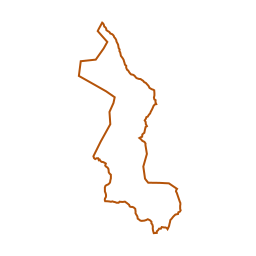 the district of Passagem Franca do Piauí, Piauí, Brazil, rotated 172°
{"feature_id": "56859067B41463786975688", "entity_name": "Passagem Franca do Piauí", "entity_type": "district", "adm_level": 2, "iso_a3": "BRA", "parent_name": "Brazil", "parent_adm1": "Piauí", "projection": "robinson", "projection_center": [-42.424, -5.897], "detail": "fine", "context": "isolated", "style": "outline", "palette": "amber", "viewbox_px": 256, "rotation_deg": 172, "n_neighbors": 0, "source": "geoboundaries", "source_scale": "gbopen_adm2", "svg_char_len": 2743}
<svg xmlns="http://www.w3.org/2000/svg" viewBox="0 0 256 256"><g transform="rotate(172 128 128)"><path d="M109.0,127.2L109.8,129.3L109.7,131.6L110.4,133.2L109.0,134.7L108.3,136.2L106.9,136.5L105.3,138.4L104.1,139.3L103.3,140.8L101.6,143.1L100.7,144.5L99.5,146.5L98.0,147.7L96.7,147.7L97.2,149.9L96.8,151.7L97.9,152.6L98.1,154.5L97.3,156.6L97.0,158.8L96.9,160.2L96.8,161.7L97.7,162.4L99.1,163.1L101.1,164.7L101.9,167.0L103.1,168.7L104.0,170.1L105.6,171.2L106.5,172.7L107.8,173.8L108.7,174.7L110.4,175.1L112.2,176.0L113.1,176.8L113.9,178.3L115.1,179.7L116.1,180.2L117.4,180.6L118.3,181.7L119.3,183.6L119.8,184.9L120.8,185.8L121.4,188.0L121.1,189.9L122.2,191.1L122.4,193.0L122.7,194.7L122.9,196.3L123.7,198.1L124.3,199.2L125.0,200.4L125.1,202.5L125.2,204.0L125.8,205.4L125.4,207.0L126.1,208.3L126.2,210.4L126.2,211.8L126.8,213.6L127.4,215.3L127.4,216.6L128.1,218.5L129.0,219.8L129.4,221.5L130.5,223.0L132.4,224.1L132.8,225.2L133.6,226.1L134.7,226.9L135.8,228.0L135.8,229.5L136.3,230.7L137.4,231.8L137.6,233.7L138.1,235.0L138.9,235.9L143.3,230.0L144.5,228.2L140.9,222.7L136.5,216.1L141.0,210.2L150.4,200.2L165.5,200.7L169.4,186.4L158.9,178.4L144.6,167.4L136.9,160.3L138.9,154.8L144.1,146.5L145.0,134.2L156.9,118.4L166.2,104.8L165.8,102.9L164.8,101.8L163.3,102.4L161.8,102.2L161.4,100.3L160.5,100.7L159.9,99.2L158.8,98.1L157.5,97.8L156.1,96.9L154.9,95.9L155.8,93.9L155.1,92.8L153.8,91.7L153.1,90.2L153.1,88.7L153.2,86.7L152.5,85.3L151.5,84.2L151.7,82.3L152.0,80.4L152.7,78.8L153.3,76.8L154.0,75.9L155.5,74.9L157.4,74.4L158.4,73.8L159.2,72.3L159.5,69.9L159.7,68.3L159.3,66.8L159.1,65.3L159.2,63.7L159.7,62.4L160.6,61.4L161.0,60.0L160.8,58.7L158.5,58.3L156.5,57.8L155.1,57.3L153.7,57.5L152.5,56.9L151.1,56.4L149.7,55.6L147.7,55.3L146.6,56.2L145.5,55.9L143.5,55.5L141.3,55.5L139.4,53.7L137.6,51.8L137.2,50.1L136.0,49.4L134.5,49.2L133.3,48.4L132.1,47.0L132.1,44.5L132.4,42.5L131.0,39.1L131.0,36.9L129.8,35.8L128.7,34.6L127.3,34.1L126.2,34.1L124.9,34.0L122.9,34.3L121.1,34.9L119.7,34.0L118.8,33.3L117.8,31.8L118.1,30.3L117.3,29.0L117.1,27.0L117.5,25.0L117.5,23.1L117.1,20.3L115.3,20.2L114.1,20.1L113.9,21.6L112.4,22.6L111.2,24.0L109.5,23.7L108.4,25.2L107.3,24.9L106.2,24.5L104.7,24.3L103.5,23.5L102.9,22.3L102.2,23.3L101.0,25.2L100.2,27.4L99.5,29.0L98.9,30.9L97.4,32.1L96.2,33.3L95.3,34.1L93.1,35.7L91.6,35.8L90.4,35.9L89.9,37.5L88.2,38.0L87.3,39.2L87.6,40.5L87.2,43.7L86.8,44.9L86.6,46.5L87.0,47.9L88.7,56.9L89.3,58.5L88.9,59.8L87.9,60.9L95.2,67.5L104.5,69.3L115.6,71.0L117.0,73.3L118.2,75.5L118.2,79.2L118.2,87.7L112.9,99.7L113.1,108.9L112.8,110.2L113.7,112.0L115.6,113.3L116.7,115.0L118.1,116.5L116.9,117.0L115.2,117.4L114.7,119.6L113.7,120.3L112.5,121.0L111.4,124.1L110.4,126.6L109.0,127.2Z" fill="none" stroke="#b45309" stroke-width="2"/></g></svg>